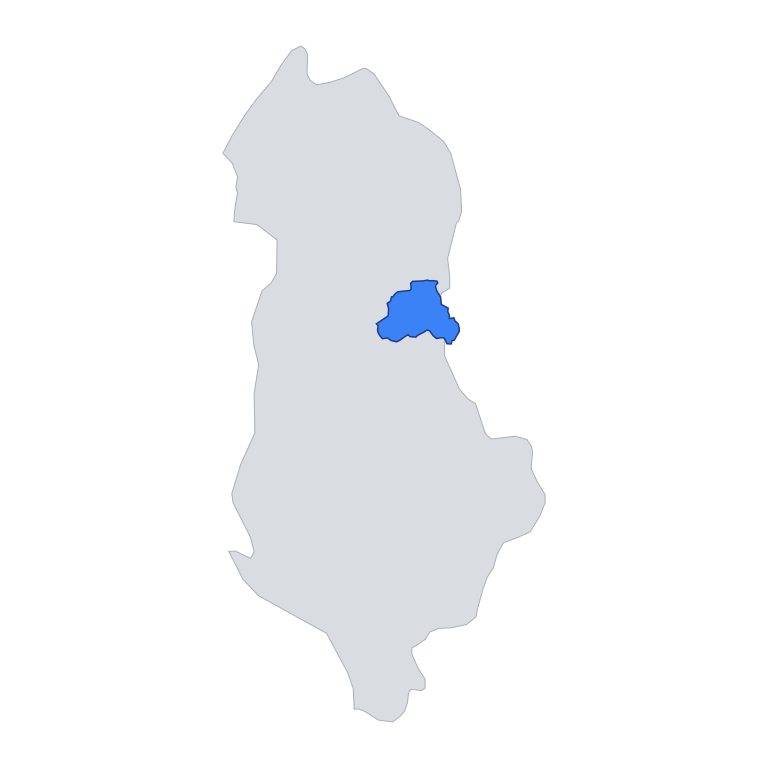 Bulqizë, Dibër, Albania (highlighted)
{"feature_id": "67620474B60153855067708", "entity_name": "Bulqizë", "entity_type": "district", "adm_level": 2, "iso_a3": "ALB", "parent_name": "Albania", "parent_adm1": "Dibër", "projection": "robinson", "projection_center": [20.355, 41.469], "detail": "fine", "context": "in_parent", "style": "filled", "palette": "blue", "viewbox_px": 768, "rotation_deg": 0, "n_neighbors": 0, "source": "geoboundaries", "source_scale": "gbopen_adm2", "svg_char_len": 2314}
<svg xmlns="http://www.w3.org/2000/svg" viewBox="0 0 768 768"><path d="M233.9,221.7L234.6,210.5L237.5,192.7L235.9,186.8L237.6,176.6L232.1,163.0L222.9,153.3L231.9,136.0L244.9,115.1L257.0,98.5L271.6,81.3L281.3,64.7L291.8,50.5L300.8,46.1L305.3,49.1L307.6,55.3L307.0,73.8L310.0,80.1L316.2,84.8L329.3,82.5L343.8,77.9L363.4,68.2L366.7,68.8L374.0,73.9L389.0,96.2L399.0,115.8L418.8,122.6L429.8,130.2L443.9,141.8L450.8,153.5L460.5,189.2L461.6,210.8L458.8,220.7L456.4,223.2L447.6,258.4L449.7,276.3L449.7,288.1L442.2,292.7L437.2,300.1L445.3,329.4L444.3,341.9L444.7,356.2L459.3,388.8L467.9,398.9L475.6,403.8L485.4,433.8L491.3,439.0L515.2,436.2L526.9,439.5L531.5,446.6L532.6,451.5L531.1,468.3L537.0,481.3L545.1,494.6L545.1,502.8L539.8,516.1L530.2,531.7L517.5,537.6L503.5,542.7L496.9,554.8L493.5,567.6L487.3,577.2L483.4,587.6L477.5,608.9L476.1,616.7L466.6,624.5L451.9,627.7L438.8,628.4L429.8,632.0L425.3,639.3L416.9,645.2L411.9,647.8L411.9,654.3L418.0,668.0L425.0,679.1L425.1,688.0L421.7,690.5L410.9,689.4L408.6,692.7L407.5,702.6L404.6,711.1L400.2,716.3L392.5,721.9L378.4,720.1L365.1,711.6L358.2,708.9L354.2,709.2L353.2,688.4L347.5,672.2L326.6,633.3L258.6,595.8L242.6,578.9L235.7,564.8L228.7,551.4L235.4,551.0L242.1,554.4L250.6,558.4L254.1,551.7L250.4,537.1L233.1,502.9L231.8,493.5L240.5,464.9L254.9,432.7L254.1,393.8L258.7,364.4L253.8,345.3L251.6,321.9L262.1,290.8L271.1,283.1L276.6,273.3L277.1,240.1L257.1,224.6L233.9,221.7Z" fill="#d9dde1" stroke="#a8b0b8" stroke-width="1"/><path d="M377.5,330.4L378.3,333.0L379.8,335.6L382.4,338.7L387.6,338.0L390.9,340.4L396.3,341.8L399.3,340.6L405.7,336.1L408.2,334.7L409.9,336.6L416.0,337.1L417.5,335.4L421.2,333.5L424.5,331.8L426.6,330.2L429.7,330.7L431.3,333.3L433.4,335.9L436.4,338.5L440.6,337.8L443.7,337.8L445.3,339.9L446.8,343.7L451.1,344.0L452.1,340.6L454.2,340.2L456.4,336.4L459.3,331.4L459.1,327.6L458.1,323.8L455.0,320.9L453.8,317.8L449.5,318.5L449.3,315.0L447.8,311.6L448.2,308.1L441.4,304.5L440.6,297.2L436.7,290.6L435.6,287.3L435.7,285.3L437.8,282.9L436.9,281.1L433.0,280.7L429.0,280.7L427.6,280.1L423.2,280.9L412.5,281.4L410.7,283.3L411.2,288.9L410.1,290.4L403.0,291.2L397.8,291.8L395.2,293.7L392.6,297.2L391.5,296.9L390.5,301.2L387.2,303.3L387.8,305.9L388.6,308.3L388.2,315.9L376.4,323.8L378.1,325.7L377.5,330.4Z" fill="#3b82f6" stroke="#1e3a8a" stroke-width="1.5"/></svg>